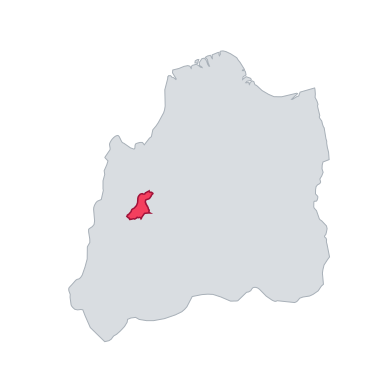 Karim Lamido, Taraba, Nigeria shown in context, rotated 167°
{"feature_id": "59680162B13157392837231", "entity_name": "Karim Lamido", "entity_type": "district", "adm_level": 2, "iso_a3": "NGA", "parent_name": "Nigeria", "parent_adm1": "Taraba", "projection": "robinson", "projection_center": [10.84, 9.149], "detail": "fine", "context": "in_parent", "style": "filled", "palette": "rose", "viewbox_px": 384, "rotation_deg": 167, "n_neighbors": 0, "source": "geoboundaries", "source_scale": "gbopen_adm2", "svg_char_len": 7224}
<svg xmlns="http://www.w3.org/2000/svg" viewBox="0 0 384 384"><g transform="rotate(167 192 192)"><path d="M310.7,65.8L321.6,82.8L324.0,95.5L324.9,101.8L326.7,102.5L330.1,102.9L332.6,104.1L334.1,106.2L335.0,108.1L335.2,109.3L334.5,116.9L333.7,119.6L334.2,123.4L334.0,125.0L333.6,126.1L332.1,127.3L330.1,128.6L325.1,132.2L323.7,132.7L321.6,132.8L319.8,133.7L317.7,135.7L313.1,143.0L309.2,150.3L306.3,162.1L302.9,165.8L302.2,169.1L301.7,176.5L301.2,178.7L300.6,179.3L296.9,180.7L294.7,182.4L293.4,185.8L291.8,197.1L291.2,199.0L290.0,201.0L288.1,203.1L286.4,204.3L282.1,205.1L278.0,213.6L278.0,215.1L276.2,222.9L273.1,228.7L272.8,232.5L268.9,237.7L266.9,241.2L269.0,244.8L269.1,245.4L262.4,251.6L262.0,252.6L261.7,256.8L261.2,258.0L259.9,259.6L258.1,261.3L256.2,262.6L254.1,263.6L252.1,263.9L251.0,263.4L250.4,262.1L249.2,256.8L248.6,255.7L247.3,254.7L242.1,248.9L239.0,246.9L238.3,247.0L237.8,247.6L236.9,250.5L236.0,251.6L234.3,251.9L231.5,252.0L229.3,251.5L228.9,251.0L227.9,248.7L221.4,254.0L219.1,255.1L216.2,261.4L212.2,264.4L209.3,267.1L201.8,275.6L200.3,278.1L198.8,281.8L195.5,297.7L190.3,307.7L189.6,309.8L189.4,309.7L188.7,310.6L186.6,310.1L185.7,308.2L184.5,307.9L182.4,305.2L181.9,305.7L184.2,312.5L183.3,315.2L177.0,315.3L171.5,316.2L167.7,316.1L165.8,315.1L165.0,312.5L164.7,312.8L164.5,314.2L163.3,315.3L159.0,315.5L157.2,313.7L155.7,311.7L154.1,310.9L154.3,311.7L156.2,313.6L155.9,316.4L152.5,319.6L150.4,319.7L149.0,318.4L148.3,316.1L148.0,312.8L147.1,310.6L146.6,310.6L147.2,314.2L147.2,317.6L148.8,320.2L146.4,321.0L143.4,321.1L143.0,320.2L142.6,318.0L142.1,317.4L141.5,321.1L135.4,322.1L134.5,322.0L134.3,321.3L134.8,320.3L134.7,318.6L133.3,319.9L133.1,322.4L132.3,322.8L130.0,322.5L127.4,321.2L123.3,318.0L118.2,312.8L117.4,310.4L116.0,307.5L113.3,299.6L113.8,299.3L115.0,299.7L115.6,298.9L113.5,298.4L113.0,297.8L112.9,296.1L113.0,293.9L116.2,292.8L116.9,291.5L117.4,290.2L113.4,292.2L109.7,289.9L108.9,288.6L109.3,287.5L113.6,287.5L115.1,286.4L114.2,286.1L112.6,286.1L112.0,285.5L112.0,283.8L111.5,284.2L110.8,285.6L108.3,286.7L106.9,285.6L106.7,283.3L106.4,282.2L105.2,281.4L100.9,275.1L95.4,269.9L90.6,266.4L83.2,264.6L67.9,264.7L67.0,264.2L67.9,263.4L69.3,262.8L74.2,259.9L73.4,259.6L68.3,261.4L66.5,261.5L64.2,265.0L49.1,265.8L49.1,264.2L49.8,259.6L50.8,256.5L49.8,252.6L49.5,249.1L50.2,248.0L50.4,246.7L50.3,237.8L51.1,236.5L51.1,235.6L49.6,231.8L49.6,228.9L49.3,226.0L48.8,224.8L49.5,213.9L49.3,211.2L49.8,209.3L50.1,204.6L50.0,200.0L51.1,192.7L57.6,191.8L59.1,188.9L60.1,185.3L59.8,181.7L61.9,178.6L64.5,175.9L64.4,172.8L65.1,171.9L66.3,171.2L68.0,170.8L69.9,169.3L71.0,166.7L72.1,162.4L70.5,159.5L70.5,158.8L71.1,157.2L72.2,155.6L73.0,155.1L74.9,155.5L75.5,154.9L76.7,150.2L76.6,148.9L74.9,145.8L74.0,137.3L73.5,136.2L72.1,134.7L68.6,128.7L68.6,125.9L70.2,122.3L71.2,120.5L72.6,119.5L72.9,118.7L72.5,117.7L71.8,116.9L71.6,115.3L72.3,113.0L72.2,110.6L72.6,97.8L75.5,95.3L79.8,91.1L82.0,86.7L83.2,83.5L84.7,72.5L87.0,71.3L91.3,67.3L97.1,65.0L100.9,64.2L107.5,64.7L110.9,64.3L113.8,62.1L115.1,61.5L116.9,61.2L133.4,66.9L134.9,66.6L136.2,67.0L138.2,68.5L143.1,73.8L148.1,82.0L149.7,83.8L151.3,84.7L152.9,85.1L154.2,85.0L155.4,84.2L157.0,82.6L159.4,81.9L161.4,82.0L171.7,75.8L172.7,75.7L179.0,77.0L187.6,83.3L194.6,87.5L199.6,88.9L205.4,89.8L215.3,90.1L222.8,81.3L225.6,79.3L228.9,77.6L235.9,76.0L247.4,74.8L258.3,75.3L265.0,76.8L272.1,79.7L275.1,82.5L279.9,83.0L283.4,82.4L284.5,79.7L288.0,76.1L293.1,72.7L297.3,70.4L300.8,69.3L303.9,66.7L306.4,65.8L310.7,65.8ZM159.4,319.0L157.1,319.8L155.6,319.6L157.7,316.0L158.7,316.8L160.1,317.1L159.4,319.0Z" fill="#d9dde1" stroke="#a8b0b8" stroke-width="1"/><path d="M249.9,190.7L250.0,190.6L250.4,190.4L250.6,190.3L250.8,190.1L251.0,190.0L251.1,189.8L251.4,189.6L251.6,189.5L252.1,189.3L252.3,189.2L252.6,189.1L252.9,189.1L253.1,189.0L253.4,188.9L253.7,188.8L253.9,188.7L254.1,188.7L254.4,188.5L254.7,188.3L254.9,188.0L255.1,187.7L255.3,187.5L255.4,187.2L255.6,186.8L255.8,186.6L256.0,186.4L256.3,186.3L256.5,186.1L256.9,185.8L257.0,185.7L257.5,185.4L257.8,185.2L258.0,185.0L258.1,184.9L258.4,184.7L258.6,184.6L258.9,184.4L259.1,184.4L259.2,184.2L259.5,184.3L259.8,184.1L260.2,184.0L260.3,183.8L260.4,183.6L260.5,183.4L260.7,183.2L260.8,183.1L261.0,182.9L260.9,182.8L260.8,182.6L260.7,182.4L260.6,182.2L260.4,182.0L260.3,181.8L260.2,181.6L260.0,181.4L259.9,181.4L259.7,181.0L259.4,180.9L259.1,180.7L259.0,180.4L259.0,180.0L258.8,179.9L258.8,179.6L258.9,179.3L258.7,179.1L258.2,179.2L257.9,179.2L257.6,179.2L257.4,179.1L256.9,179.1L256.7,179.1L256.3,179.1L256.1,179.1L255.9,179.1L255.6,179.1L255.4,179.1L255.1,179.1L254.9,179.1L254.5,178.9L254.3,178.7L253.9,178.5L253.5,178.6L253.2,178.7L253.0,178.8L252.8,178.9L252.5,179.0L252.3,179.0L252.1,179.0L251.9,179.2L251.7,179.3L251.4,179.5L251.2,179.7L250.7,179.5L250.4,179.1L250.1,179.0L249.9,179.0L249.6,179.0L249.3,179.1L249.1,179.1L248.9,179.1L248.6,179.0L248.2,178.8L248.1,178.6L247.9,178.4L247.8,178.0L247.8,177.9L247.7,177.3L247.4,177.5L246.4,178.9L243.1,181.8L241.7,181.7L239.3,181.4L238.9,181.3L237.4,180.9L237.5,181.0L237.8,181.2L237.9,181.3L238.0,181.4L238.1,181.6L238.2,181.8L238.3,181.9L238.3,182.1L238.4,182.7L238.3,182.9L238.1,183.1L238.0,183.3L237.9,183.4L237.9,183.6L238.0,183.7L238.0,183.9L237.9,184.2L237.9,184.3L237.9,184.5L238.1,184.7L238.1,184.8L238.3,185.0L238.4,185.3L238.4,185.5L238.3,185.8L238.3,186.1L238.3,186.3L238.3,186.5L238.3,186.8L238.4,187.2L238.4,187.3L238.6,187.5L238.8,188.0L238.8,188.3L238.7,188.4L238.8,188.6L239.1,188.9L239.2,189.1L239.1,189.3L239.1,189.5L239.2,189.8L239.2,190.0L239.3,190.2L239.4,190.3L239.5,190.4L239.6,190.5L239.7,190.8L239.6,191.0L239.4,191.2L239.4,191.3L239.4,191.5L239.5,191.6L239.7,191.8L239.8,192.1L239.7,192.4L239.7,192.5L239.6,192.9L239.6,193.1L239.5,193.5L239.4,193.7L239.3,193.8L239.2,194.0L239.0,194.3L238.9,194.5L238.6,194.8L238.3,194.8L238.2,194.8L237.8,194.9L237.5,194.9L237.4,194.9L237.2,194.9L236.9,194.9L236.7,194.9L236.5,195.0L236.4,195.0L236.2,195.0L235.9,195.0L235.7,195.0L235.2,195.2L235.1,195.3L234.9,195.4L234.7,195.5L234.2,195.8L234.0,196.0L233.8,196.2L233.6,196.4L233.5,196.5L233.4,196.6L233.1,196.9L233.0,197.0L232.9,197.1L232.6,197.3L232.5,197.6L232.4,197.8L232.2,198.0L231.8,198.3L231.6,198.4L231.4,198.6L231.1,198.8L230.8,199.0L230.7,199.0L230.4,199.3L230.4,199.5L230.5,199.6L230.6,199.8L230.8,200.0L231.0,200.2L231.1,200.4L231.2,200.5L231.4,200.5L231.5,200.5L231.7,200.9L231.8,201.0L232.0,201.1L232.3,201.1L232.8,201.0L233.1,201.3L233.3,201.5L233.5,201.7L233.6,201.9L233.6,202.1L233.7,202.4L233.6,202.7L234.3,202.5L235.3,202.3L235.9,202.1L236.2,202.0L236.6,201.8L237.5,201.7L237.9,201.4L238.3,200.8L238.6,200.7L238.9,200.7L239.1,200.7L239.3,200.8L239.5,200.8L239.9,200.9L240.3,201.0L240.6,201.5L240.9,201.5L241.3,201.6L241.7,201.6L242.0,201.6L242.8,201.5L243.1,201.4L243.3,201.1L243.5,201.1L243.8,200.9L244.2,200.6L244.4,200.5L244.6,200.3L244.9,200.0L245.0,199.9L245.2,199.7L245.6,199.2L245.8,198.8L246.0,198.4L246.2,198.0L246.3,197.6L246.4,197.1L246.5,196.8L246.7,196.4L246.8,195.9L246.9,195.5L247.0,195.1L247.2,194.6L247.3,194.3L247.4,194.0L247.5,193.7L247.7,193.3L247.8,193.2L248.0,193.0L248.8,191.7L249.0,191.5L249.3,191.3L249.6,190.9L249.8,190.7L249.9,190.7Z" fill="#f43f5e" stroke="#9f1239" stroke-width="1.5"/></g></svg>